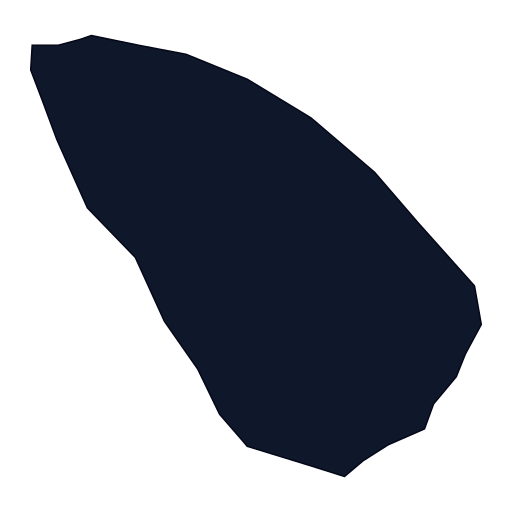 Hofors, Gävleborg, Sweden
{"feature_id": "70781695B62100483486123", "entity_name": "Hofors", "entity_type": "district", "adm_level": 2, "iso_a3": "SWE", "parent_name": "Sweden", "parent_adm1": "Gävleborg", "projection": "mercator", "projection_center": [16.413, 60.511], "detail": "fine", "context": "isolated", "style": "filled", "palette": "ink", "viewbox_px": 512, "rotation_deg": 0, "n_neighbors": 0, "source": "geoboundaries", "source_scale": "gbopen_adm2", "svg_char_len": 498}
<svg xmlns="http://www.w3.org/2000/svg" viewBox="0 0 512 512"><path d="M344.5,476.5L363.2,460.7L388.2,444.8L424.5,428.9L433.6,403.9L456.3,376.7L465.4,354.0L481.3,324.5L474.5,285.9L417.7,222.3L374.6,172.3L311.0,117.9L247.4,79.3L186.1,54.3L138.4,45.2L91.4,35.5L80.1,39.4L58.3,45.2L32.2,45.2L32.0,48.1L30.7,69.9L42.3,100.4L56.9,139.7L87.4,207.9L135.3,257.4L164.4,321.3L197.8,369.2L219.6,414.3L242.0,440.1L247.2,446.3L308.7,465.2L344.5,476.5Z" fill="#0f172a" stroke="#020617" stroke-width="1.5"/></svg>